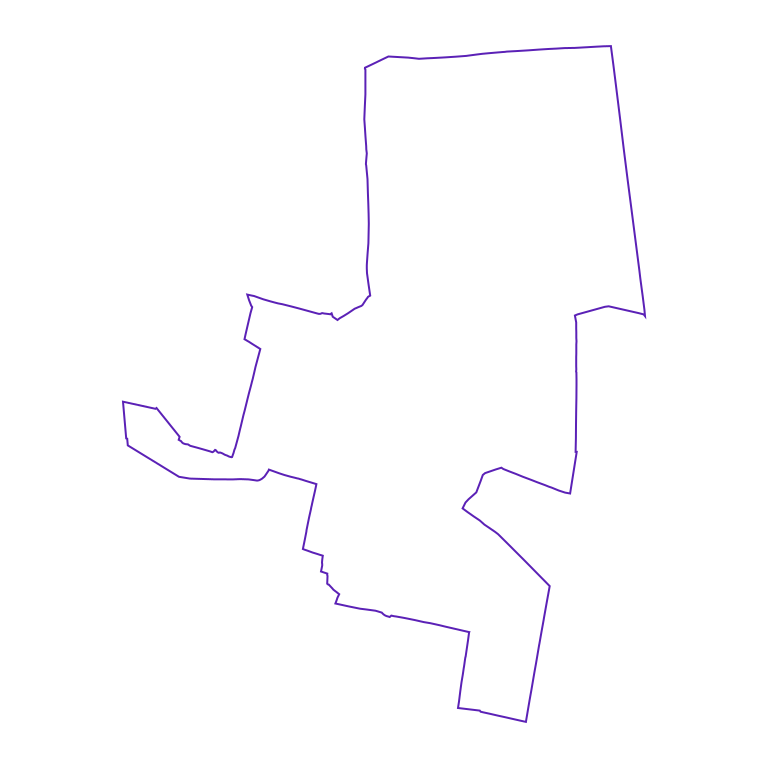 Teoloyucan, México, Mexico
{"feature_id": "50627088B68234574802161", "entity_name": "Teoloyucan", "entity_type": "district", "adm_level": 2, "iso_a3": "MEX", "parent_name": "Mexico", "parent_adm1": "México", "projection": "equal_earth", "projection_center": [-99.177, 19.758], "detail": "fine", "context": "isolated", "style": "outline", "palette": "violet", "viewbox_px": 768, "rotation_deg": 0, "n_neighbors": 0, "source": "geoboundaries", "source_scale": "gbopen_adm2", "svg_char_len": 4991}
<svg xmlns="http://www.w3.org/2000/svg" viewBox="0 0 768 768"><path d="M232.9,479.4L240.2,479.1L245.8,479.3L248.6,479.4L253.8,480.1L257.1,480.6L258.9,480.3L260.3,479.7L262.0,478.7L264.0,477.0L264.4,476.7L265.8,474.7L266.6,473.5L268.5,470.7L268.9,469.6L274.5,471.6L279.2,473.3L284.4,475.0L290.5,476.7L290.9,476.8L293.8,477.5L295.8,478.0L297.3,478.4L297.9,478.5L298.5,478.6L300.3,479.2L301.5,479.5L305.5,480.8L316.4,484.1L316.1,485.6L315.0,490.8L312.8,500.5L312.2,503.2L311.7,505.6L311.3,507.2L310.9,509.4L309.1,517.4L307.7,524.3L306.5,530.3L306.4,531.5L304.9,539.2L304.0,543.6L302.9,549.0L304.1,549.5L307.6,550.7L312.5,552.5L317.4,554.0L320.1,554.9L321.9,555.4L322.8,555.7L322.3,559.2L322.1,561.2L322.0,563.0L322.2,563.8L322.2,565.6L321.5,569.1L321.0,571.5L327.3,573.6L327.2,574.9L327.5,575.9L327.5,576.4L327.2,583.7L328.3,584.6L328.8,584.6L332.6,588.7L333.3,589.6L339.2,594.2L337.5,597.6L336.5,600.6L335.4,603.5L341.8,604.9L348.2,606.3L354.6,607.6L360.0,608.7L366.5,609.5L375.4,610.7L377.5,611.3L381.8,612.6L382.5,613.4L383.7,614.5L385.2,615.5L386.6,616.1L388.1,616.5L389.7,617.0L391.3,615.6L393.5,616.1L394.7,616.3L396.2,616.5L403.5,617.8L407.6,618.6L415.0,620.1L423.8,622.1L430.4,623.2L439.9,625.3L445.2,626.6L453.0,628.4L460.8,630.2L468.6,632.0L469.2,632.1L469.1,632.3L468.0,640.5L466.8,648.6L465.6,656.8L465.4,657.1L465.0,659.6L464.4,664.0L464.0,666.7L463.7,668.4L463.2,671.9L462.7,675.2L461.5,682.3L460.3,691.1L459.0,701.6L458.0,708.0L479.8,710.6L480.6,711.7L483.1,712.3L490.4,713.9L497.8,715.6L505.1,717.2L514.8,719.4L525.9,721.9L528.3,707.7L529.8,698.9L531.4,690.0L532.9,681.2L534.4,672.4L536.0,663.5L537.5,654.7L539.0,645.8L539.5,643.2L541.3,632.9L543.7,619.6L543.9,618.3L546.5,603.7L548.1,594.9L549.7,586.1L537.4,573.6L524.7,560.7L524.4,560.4L507.6,543.6L498.0,534.1L495.0,531.8L484.4,524.6L479.8,520.5L473.7,516.4L467.6,512.1L462.6,508.4L465.5,502.5L468.6,499.2L476.3,492.4L480.8,480.6L480.9,480.3L482.8,475.0L485.1,473.1L489.2,471.7L495.6,469.5L501.4,467.7L503.3,469.0L509.3,471.4L516.1,474.0L522.7,476.7L531.5,480.0L537.1,482.2L545.2,485.2L548.9,486.7L551.6,487.6L558.7,490.5L565.1,492.6L570.1,493.5L576.0,456.4L576.7,451.9L576.0,451.9L575.6,451.9L575.9,438.3L576.0,424.8L576.2,409.2L576.4,398.2L576.5,384.8L576.5,379.4L576.4,372.7L576.4,372.3L576.1,371.8L576.3,369.4L576.2,366.3L576.2,363.1L576.2,360.1L576.2,357.0L576.3,353.7L576.3,350.7L576.3,347.5L576.3,344.5L576.5,341.3L576.3,338.0L576.3,335.1L576.3,332.1L576.2,328.4L576.2,322.4L574.9,315.5L577.5,314.4L604.9,306.8L608.7,306.3L638.6,313.1L643.7,314.4L645.0,316.1L644.4,309.6L642.7,296.2L641.5,287.3L640.3,278.3L639.4,270.7L635.5,240.5L631.6,210.3L627.7,180.3L623.9,150.2L619.9,117.2L615.8,84.2L613.4,65.1L610.9,46.1L603.5,46.3L596.0,46.7L587.4,47.2L575.0,47.9L569.7,48.0L564.4,48.1L556.3,48.6L548.2,49.0L538.6,49.6L529.0,50.3L517.8,51.0L506.7,51.6L505.4,51.8L504.6,51.9L502.9,52.0L501.8,52.1L495.8,52.6L488.9,53.2L482.4,53.8L477.6,54.4L468.4,55.6L466.3,55.9L455.6,56.7L450.9,57.0L444.9,57.4L433.8,58.0L427.2,58.3L419.0,58.8L413.9,58.2L408.1,57.6L399.1,57.1L388.4,56.5L381.3,59.9L374.3,63.3L367.2,66.7L365.0,67.7L364.9,68.8L365.4,69.5L365.4,77.8L365.4,86.1L365.4,94.4L364.8,107.2L364.3,119.3L364.9,127.7L365.5,136.9L366.2,146.2L366.3,149.4L366.8,153.4L366.3,159.0L365.9,164.1L366.2,165.4L367.5,179.1L367.9,193.0L368.3,203.6L368.6,213.7L368.8,223.8L368.6,233.5L368.4,243.3L367.6,253.3L366.9,263.4L366.8,265.3L366.8,268.4L367.0,273.2L367.7,278.2L368.5,284.1L370.2,295.6L369.8,295.9L369.1,296.2L368.1,296.8L367.0,298.4L366.1,299.5L362.5,305.0L361.4,305.9L358.2,307.2L356.4,308.0L354.7,308.7L348.1,313.2L343.6,316.0L339.9,318.1L338.7,319.0L337.5,320.0L332.7,316.7L332.3,315.3L331.6,313.3L331.0,313.7L331.1,314.0L330.9,314.3L330.6,314.3L328.4,314.0L324.1,313.5L323.2,313.3L322.1,313.1L320.5,313.8L319.0,313.9L317.7,313.6L305.3,310.2L299.1,308.5L290.7,306.3L282.3,304.2L278.1,303.4L274.6,302.5L270.2,301.3L263.3,299.3L254.0,296.0L251.9,295.6L249.1,295.0L247.3,294.6L249.1,300.3L250.8,304.6L251.1,305.5L252.2,307.1L250.5,313.1L248.8,320.4L245.7,333.8L244.5,339.2L245.2,339.6L246.6,340.4L247.0,340.7L248.8,341.7L252.5,344.1L260.3,349.0L255.4,367.3L255.1,368.7L253.9,373.9L253.5,375.6L253.3,376.4L252.9,378.2L252.7,379.0L251.8,382.3L251.6,383.2L250.7,386.7L249.7,390.4L248.8,393.8L248.5,395.0L248.2,396.2L247.4,399.4L246.7,402.3L244.6,410.8L243.5,414.9L243.4,415.3L241.1,425.0L240.6,427.1L240.3,428.2L239.4,432.0L238.5,435.9L235.2,448.0L234.4,449.8L233.5,453.1L233.0,454.4L232.6,455.6L232.1,457.0L231.5,457.2L230.2,456.9L228.9,456.5L227.2,455.6L226.3,455.3L224.7,454.7L223.0,453.7L222.0,453.2L220.4,452.6L219.7,452.5L218.9,452.8L217.7,452.3L216.4,451.0L215.7,450.1L215.1,449.9L214.3,450.8L213.6,451.5L213.1,451.9L212.3,452.2L210.1,451.4L202.9,449.3L197.6,447.8L190.2,445.8L188.0,444.4L185.3,444.1L183.3,443.4L182.2,442.6L181.0,441.1L178.7,439.8L179.6,436.8L156.5,408.0L155.5,408.8L123.0,401.7L126.2,438.4L127.2,438.7L127.8,445.4L179.0,476.8L190.0,478.6L213.3,479.3L232.9,479.4Z" fill="none" stroke="#5b21b6" stroke-width="2"/></svg>